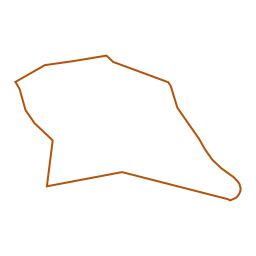 City, Robinson projection
{"feature_id": "GBR-4809", "entity_name": "City", "entity_type": "City Corporation", "adm_level": 1, "iso_a3": "GBR", "parent_name": "United Kingdom", "parent_adm1": "", "projection": "robinson", "projection_center": [-0.079, 51.517], "detail": "fine", "context": "isolated", "style": "outline", "palette": "amber", "viewbox_px": 256, "rotation_deg": 0, "n_neighbors": 0, "source": "natural_earth", "source_scale": "10m", "svg_char_len": 459}
<svg xmlns="http://www.w3.org/2000/svg" viewBox="0 0 256 256"><path d="M199.0,138.8L204.9,149.2L212.2,159.6L221.2,168.2L233.8,177.3L237.5,181.2L239.4,183.9L240.6,188.2L240.3,191.4L238.8,194.5L236.6,197.3L233.0,199.2L230.1,200.4L228.0,199.2L122.0,172.1L46.9,186.3L52.7,140.4L34.6,123.3L25.5,110.1L19.6,89.0L15.4,81.9L44.9,65.1L72.8,61.2L106.5,55.6L113.1,61.9L168.3,82.3L170.8,86.2L177.4,107.8L199.0,138.8Z" fill="none" stroke="#b45309" stroke-width="2"/></svg>